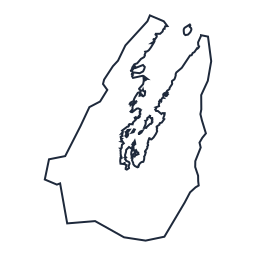 Porsáŋgu sme 2, Finnmark, Norway
{"feature_id": "86288312B48399951224278", "entity_name": "Porsáŋgu sme 2", "entity_type": "district", "adm_level": 2, "iso_a3": "NOR", "parent_name": "Norway", "parent_adm1": "Finnmark", "projection": "albers", "projection_center": [25.158, 70.243], "detail": "fine", "context": "isolated", "style": "outline", "palette": "slate", "viewbox_px": 256, "rotation_deg": 0, "n_neighbors": 0, "source": "geoboundaries", "source_scale": "gbopen_adm2", "svg_char_len": 5899}
<svg xmlns="http://www.w3.org/2000/svg" viewBox="0 0 256 256"><path d="M208.0,36.6L201.0,35.2L201.0,35.9L198.1,42.3L198.2,44.6L198.6,46.1L199.1,46.4L198.7,47.5L197.6,48.6L197.1,48.2L194.4,52.1L192.7,53.0L191.6,55.2L190.0,55.5L181.8,67.8L176.3,72.5L175.6,74.2L175.8,75.0L175.1,77.6L174.3,79.4L172.1,80.9L171.9,81.9L172.2,83.5L172.0,84.3L169.7,87.7L169.4,89.2L167.2,90.7L166.3,92.1L167.6,92.6L167.2,93.5L167.9,94.2L166.5,95.3L167.0,95.5L166.8,95.8L166.0,96.1L165.8,95.4L165.2,95.3L165.2,93.5L164.5,93.1L163.5,93.9L163.2,94.6L163.5,96.4L163.3,97.6L163.5,97.8L162.7,97.7L161.9,98.5L161.2,99.9L161.4,101.1L161.2,101.5L160.0,100.2L159.0,101.7L159.5,103.0L158.8,103.9L159.1,106.1L155.9,107.3L156.3,107.5L156.1,108.7L155.2,109.5L156.0,110.9L157.9,111.0L161.4,114.0L162.4,113.1L164.7,113.1L164.7,114.1L164.2,114.6L164.4,115.3L163.4,117.7L163.3,118.5L164.3,119.1L161.8,122.5L160.0,123.2L159.2,122.8L159.7,123.4L159.4,124.7L156.7,126.5L156.9,126.9L156.7,127.6L157.2,128.1L156.9,128.8L156.8,130.0L157.2,131.1L155.9,133.9L153.6,137.4L151.5,139.4L149.6,139.1L149.7,137.5L149.1,138.5L148.1,141.4L148.2,142.5L147.7,142.9L147.6,143.9L148.1,144.8L148.1,145.4L147.2,146.6L147.4,147.7L147.1,148.5L145.0,151.3L145.1,152.0L145.8,152.3L144.9,155.4L144.1,156.6L144.3,157.5L144.1,159.6L143.3,161.8L141.5,162.1L140.1,163.2L138.9,164.8L138.9,165.5L138.4,165.7L138.3,167.0L137.4,167.3L134.7,165.9L133.3,164.2L133.2,162.9L132.0,160.2L132.6,158.0L132.2,157.1L131.6,157.4L131.7,155.6L134.6,156.6L135.5,155.1L135.7,154.0L136.3,155.0L138.5,154.1L138.1,153.2L138.2,152.6L137.1,152.2L136.3,150.6L135.4,152.1L135.7,150.9L135.5,150.7L134.6,153.1L133.5,154.2L131.4,155.0L131.2,154.3L131.3,152.3L132.3,149.1L132.7,149.0L132.7,150.6L134.0,150.5L133.6,149.0L133.4,145.8L135.3,144.0L134.9,143.5L135.1,142.5L134.7,140.9L133.7,142.7L133.2,142.8L133.3,143.6L132.3,144.3L133.1,145.1L132.4,146.4L132.7,146.8L131.8,148.1L130.9,148.3L129.0,147.0L126.2,149.9L126.0,152.0L125.1,154.9L125.1,156.4L126.0,157.4L125.0,157.8L125.5,158.2L125.2,159.4L125.8,159.8L126.0,160.7L128.9,162.0L129.6,163.2L129.5,164.0L128.6,166.0L129.0,168.1L126.8,169.6L125.7,169.1L125.7,167.9L126.4,166.1L126.0,165.3L126.3,165.0L124.8,164.3L124.5,162.1L124.4,164.1L120.5,163.7L120.2,161.1L120.3,159.5L120.8,158.3L121.4,158.0L120.6,157.7L121.3,156.5L120.7,155.8L120.9,155.3L120.6,153.6L120.7,151.7L120.4,150.6L121.0,148.9L120.5,148.5L121.3,148.4L121.8,147.7L121.7,146.6L122.0,144.7L123.8,143.3L122.5,141.5L121.7,141.7L121.4,141.6L122.0,141.4L121.4,140.9L121.9,140.4L121.2,139.4L121.9,138.7L121.0,138.5L120.7,137.3L120.9,137.0L120.7,136.9L120.7,136.7L122.5,135.9L122.1,135.0L122.6,133.0L121.7,133.3L122.7,132.1L122.6,131.1L122.1,130.6L127.4,126.6L128.3,126.6L129.0,125.7L128.8,124.8L129.4,124.1L132.4,124.3L132.3,123.8L132.9,123.5L132.9,122.5L135.7,119.8L134.7,117.8L135.8,117.1L136.3,117.8L136.0,118.6L136.6,118.6L138.0,117.2L137.9,118.0L138.5,117.9L139.8,116.7L139.5,116.2L139.1,115.7L140.3,114.5L140.3,113.9L139.9,114.0L139.7,113.2L139.7,112.4L140.6,110.6L140.1,110.7L140.4,110.0L140.3,109.4L138.2,108.4L136.8,108.6L132.2,112.2L131.4,112.1L131.5,111.4L131.5,111.1L131.3,111.0L130.8,111.6L130.6,111.5L132.7,109.0L132.4,108.0L132.8,105.7L135.0,103.1L135.5,102.9L135.2,102.4L136.3,101.7L136.1,101.5L135.2,102.3L135.1,102.0L135.3,101.6L135.0,101.7L135.0,102.2L131.7,104.6L131.1,104.1L130.5,104.9L130.3,103.9L129.8,103.8L130.5,102.6L133.7,100.9L133.9,100.4L133.9,99.5L134.9,97.4L137.8,92.8L140.4,92.0L140.2,92.9L140.7,93.3L139.8,94.2L139.6,95.7L142.0,94.9L142.4,96.0L143.2,96.3L144.7,95.2L145.2,91.8L145.0,91.2L144.2,91.5L142.9,90.5L143.1,90.1L143.0,89.7L142.7,90.5L140.7,90.5L139.3,89.4L139.1,88.7L143.1,84.2L143.6,81.7L144.1,80.8L143.7,80.7L143.8,79.9L144.5,79.6L145.2,80.2L145.9,79.8L145.8,79.5L146.2,79.0L146.1,78.8L147.4,78.9L145.7,77.6L145.9,78.1L145.7,78.6L143.6,78.7L143.5,77.5L144.0,77.7L143.6,77.4L143.7,76.2L142.6,75.8L133.0,77.9L132.0,76.1L132.9,75.0L131.8,74.2L132.0,73.5L132.9,73.2L132.7,72.7L133.1,72.4L139.7,73.2L143.1,71.4L144.2,69.1L144.8,67.0L143.0,65.0L135.2,68.1L132.7,67.9L133.3,68.9L132.4,69.8L132.2,70.9L130.3,71.0L131.6,70.2L131.7,69.2L132.7,67.8L132.8,66.8L133.3,66.0L134.8,66.5L135.0,66.3L133.8,65.1L134.4,64.3L137.2,63.3L141.0,58.9L144.1,57.1L144.9,55.5L144.6,54.9L145.6,52.5L145.2,51.7L147.4,51.3L149.0,50.0L151.0,47.3L153.5,43.2L151.5,43.2L154.5,41.3L154.6,40.8L153.5,39.7L153.7,39.1L155.2,39.0L156.7,36.8L156.8,36.0L156.5,35.5L155.5,34.6L155.8,33.8L160.1,33.8L162.6,31.5L162.9,30.2L163.7,28.8L164.6,28.8L164.8,27.2L165.2,26.3L167.4,26.1L163.8,21.3L149.9,15.4L147.4,21.3L125.4,45.4L118.0,60.7L112.9,66.2L104.1,79.6L103.0,84.0L107.3,89.9L100.1,101.5L89.4,107.1L80.5,126.1L65.2,156.1L49.0,159.3L44.8,179.5L56.9,184.6L60.1,183.4L67.2,223.4L95.1,221.1L124.0,237.3L145.6,240.6L164.4,236.7L184.7,202.5L190.1,192.3L195.6,187.3L198.7,185.5L198.2,181.3L198.1,175.7L195.2,167.0L195.3,161.1L200.7,147.5L199.5,142.6L202.3,137.8L205.9,133.4L201.9,120.3L200.4,114.1L201.3,109.4L201.2,95.1L207.8,80.8L211.2,61.2L208.0,36.6ZM185.4,35.1L188.0,34.6L189.3,33.3L190.4,32.0L191.2,30.2L191.4,29.2L191.1,28.1L189.7,26.8L190.3,25.2L189.8,24.5L184.6,27.8L183.8,29.2L183.7,30.9L184.0,33.4L184.3,34.1L185.4,35.1ZM149.8,117.2L150.1,115.9L149.7,115.8L149.4,117.1L148.9,116.9L147.3,118.0L147.2,118.6L147.5,119.3L146.2,120.7L145.4,120.8L145.8,121.4L145.6,122.3L145.8,122.9L145.5,124.5L144.0,127.9L146.3,127.9L146.7,127.0L150.1,123.9L151.2,123.8L152.1,122.5L151.7,122.5L151.9,120.7L152.4,120.1L152.4,119.4L152.0,119.2L152.3,118.7L152.2,118.0L150.8,118.1L149.8,117.2ZM142.6,130.6L140.3,131.5L138.8,133.2L138.9,134.0L139.5,134.0L140.7,132.7L141.3,132.7L142.6,130.6ZM127.1,135.0L127.0,134.0L126.5,133.9L125.4,135.9L126.5,137.1L127.1,136.7L126.9,136.0L127.9,135.6L128.1,134.5L127.1,135.0ZM129.6,129.8L127.5,130.0L126.2,132.1L125.7,132.1L125.9,132.7L127.8,132.2L129.6,129.8ZM131.8,132.6L133.6,132.1L134.8,129.6L133.9,129.3L131.8,132.6Z" fill="none" stroke="#1e293b" stroke-width="2"/></svg>